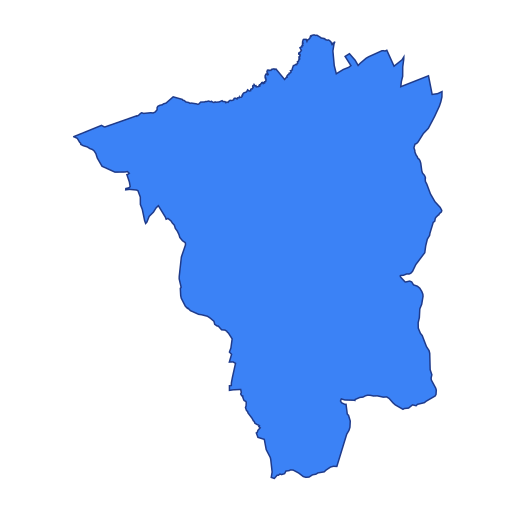 Voslabeni, Harghita, Romania (Robinson projection), rotated 91°
{"feature_id": "2599482B3089153619350", "entity_name": "Voslabeni", "entity_type": "district", "adm_level": 2, "iso_a3": "ROU", "parent_name": "Romania", "parent_adm1": "Harghita", "projection": "robinson", "projection_center": [25.647, 46.621], "detail": "fine", "context": "isolated", "style": "filled", "palette": "blue", "viewbox_px": 512, "rotation_deg": 91, "n_neighbors": 0, "source": "geoboundaries", "source_scale": "gbopen_adm2", "svg_char_len": 5906}
<svg xmlns="http://www.w3.org/2000/svg" viewBox="0 0 512 512"><g transform="rotate(91 256 256)"><path d="M390.8,280.2L390.2,276.6L389.7,269.0L392.6,268.3L394.2,268.9L396.1,267.8L396.1,266.9L397.6,266.7L400.2,265.7L400.8,265.2L401.6,263.6L402.6,263.2L406.1,263.3L407.7,263.9L410.7,262.8L411.6,261.7L413.0,261.3L418.5,257.0L420.8,255.8L421.4,254.9L423.2,254.2L424.7,251.6L425.0,250.5L425.7,249.6L426.5,250.2L427.7,248.8L430.2,251.0L432.4,251.7L432.9,252.6L437.3,250.9L439.2,244.5L449.4,242.4L457.2,238.2L459.3,237.7L471.7,236.1L477.1,236.9L478.1,233.8L474.8,231.0L474.8,229.8L473.6,228.3L474.1,226.6L473.1,223.6L470.5,222.3L470.0,219.1L469.3,217.8L469.4,215.1L472.2,209.6L475.7,204.9L476.4,202.3L476.1,199.1L473.8,195.7L473.1,192.3L471.8,190.3L470.6,184.0L468.8,182.2L465.7,177.8L464.9,174.9L465.0,171.5L432.6,162.2L428.7,160.0L425.6,159.1L419.4,158.9L413.7,160.7L412.4,162.0L402.7,163.4L402.8,164.5L401.4,167.6L400.8,168.2L399.5,169.0L397.4,168.2L398.4,164.6L398.5,155.0L398.7,154.6L397.7,154.3L395.6,149.7L395.2,146.6L393.8,144.0L393.2,141.9L393.3,139.2L393.9,136.1L393.7,132.3L394.9,126.3L394.6,122.9L396.1,120.4L400.4,116.5L402.4,114.2L406.7,106.4L405.9,105.0L405.4,100.8L402.1,96.9L402.9,93.3L401.5,92.0L399.7,85.1L398.2,83.3L392.8,74.4L391.2,73.6L387.0,73.4L385.0,74.0L377.0,78.5L375.0,78.8L371.7,78.1L366.6,79.9L350.3,80.6L347.6,81.3L343.6,84.0L332.7,88.4L330.4,90.3L325.3,92.5L319.8,92.7L314.8,91.6L306.0,91.3L301.4,89.5L293.4,88.3L291.3,88.5L288.6,89.6L285.3,91.7L283.4,94.1L282.1,98.0L279.2,99.9L278.4,101.9L279.4,106.0L279.2,106.6L274.5,111.1L273.4,111.5L272.9,110.9L272.7,108.3L271.3,105.0L271.3,102.6L270.5,100.9L268.6,99.2L261.8,96.1L249.7,87.3L242.9,86.5L236.2,85.0L232.4,82.8L230.2,82.5L219.3,79.4L218.1,77.9L215.2,77.4L214.1,76.7L212.0,74.7L211.7,74.0L210.3,73.3L208.8,71.5L207.6,71.1L207.1,71.1L204.2,72.7L198.5,78.1L190.8,82.7L181.1,86.5L178.6,87.9L175.6,88.2L175.1,87.9L173.6,88.4L172.3,89.1L170.3,90.9L168.1,91.7L160.3,92.9L157.9,93.7L156.3,94.7L155.7,95.7L153.5,96.7L152.6,97.5L149.4,98.9L147.5,99.1L145.1,100.0L141.4,99.0L140.7,97.4L139.2,96.0L130.6,90.8L125.3,85.9L113.4,79.9L103.0,75.3L98.6,73.9L93.8,72.9L88.4,72.9L90.5,77.2L91.4,82.7L72.8,86.7L84.2,114.2L79.0,113.7L73.8,112.5L64.4,112.6L56.6,111.7L54.4,111.7L57.3,113.4L63.8,121.3L48.0,128.8L48.8,130.5L48.5,132.2L48.6,133.7L54.8,146.8L56.3,149.3L61.4,155.1L63.7,157.2L58.5,160.3L52.1,166.1L54.9,170.4L64.0,164.4L65.7,166.5L68.0,172.0L72.4,178.9L64.2,181.1L49.6,182.7L42.5,181.7L40.9,181.1L40.8,181.4L42.2,182.4L42.0,183.1L43.1,183.1L43.4,183.6L40.5,184.9L39.2,186.4L38.7,187.5L39.0,188.3L38.4,190.5L37.4,191.1L37.5,192.1L37.0,192.9L37.2,193.5L36.8,194.9L36.5,195.0L34.2,198.9L34.4,200.2L33.9,201.8L34.4,204.0L35.5,204.7L35.1,205.3L37.4,206.0L38.7,207.4L39.0,208.2L40.5,208.8L38.5,209.6L38.6,212.3L39.0,212.6L41.1,213.2L41.8,213.2L42.3,212.6L43.0,213.3L44.7,212.9L44.8,213.7L46.2,213.9L46.1,214.4L47.0,215.7L49.6,214.2L51.5,215.5L52.3,216.3L52.1,216.5L52.4,216.8L53.4,216.8L53.9,216.1L53.8,215.5L55.2,215.4L56.3,216.6L57.3,215.8L57.6,216.4L58.3,216.4L58.7,216.0L59.4,216.8L60.5,216.9L61.1,218.0L62.4,217.6L63.1,218.4L64.0,218.7L63.7,219.5L64.9,221.2L64.9,221.9L68.1,223.0L69.2,222.9L70.2,224.7L70.6,224.2L71.8,224.3L72.5,225.2L72.6,226.0L73.8,226.3L73.7,226.5L74.2,227.2L75.7,228.3L76.8,228.1L76.9,228.8L79.0,230.5L68.7,239.3L69.2,240.4L68.7,240.7L68.8,241.6L68.6,242.1L69.1,242.9L69.1,243.7L70.2,244.4L70.0,245.5L70.4,246.1L70.1,246.2L69.8,247.2L70.0,247.8L71.6,248.3L72.9,247.9L73.1,247.0L73.2,247.5L74.4,247.0L74.7,247.5L73.8,248.7L73.9,249.2L75.6,250.0L77.3,250.0L77.9,249.3L78.6,249.7L79.2,249.1L79.9,249.1L81.4,249.4L81.6,250.4L82.8,250.5L82.6,251.0L83.2,251.6L82.6,251.7L82.9,252.3L82.3,252.7L82.5,253.2L82.9,253.1L83.7,254.2L84.5,254.5L84.7,255.4L85.1,255.3L85.5,255.8L86.0,255.3L86.6,256.5L86.9,258.7L85.7,259.0L85.9,259.9L84.6,260.9L85.6,261.2L85.4,261.5L85.7,262.1L87.0,262.3L87.6,261.8L89.0,262.7L89.0,263.6L89.5,264.2L90.8,264.2L91.2,265.6L90.0,267.3L91.4,267.9L92.3,268.7L93.1,271.0L93.7,271.6L94.8,272.3L95.2,272.1L95.7,272.8L96.8,272.7L97.6,273.6L97.5,275.0L97.8,275.4L97.5,275.5L98.1,275.7L98.2,277.3L99.3,277.7L98.5,279.7L98.9,280.7L100.2,281.0L101.0,282.9L100.8,284.6L101.9,286.0L102.9,286.6L102.6,287.8L103.3,288.8L102.2,289.6L102.1,291.8L101.3,292.6L102.6,295.5L103.0,298.8L102.6,299.6L103.2,300.5L103.2,301.5L102.1,303.3L102.5,303.7L102.4,304.7L101.9,306.1L102.5,308.2L102.4,309.0L102.9,310.2L103.1,314.0L105.1,315.9L105.4,316.8L104.9,318.2L104.2,323.5L104.5,324.7L103.7,326.0L103.3,328.6L101.8,330.5L101.5,331.8L100.7,332.5L98.3,341.6L104.7,348.6L105.5,351.2L106.4,352.3L107.0,354.8L108.1,356.8L109.5,357.5L111.4,357.4L113.8,359.3L114.5,360.7L114.8,361.4L114.6,363.7L115.4,370.9L114.8,372.8L115.5,374.0L117.5,376.0L118.3,377.9L118.0,378.0L129.6,409.3L129.5,410.1L128.1,412.8L140.1,440.9L139.9,440.2L141.5,436.7L145.2,434.4L146.5,433.2L147.5,433.1L148.7,430.7L149.9,426.5L151.5,424.0L152.3,421.6L153.6,419.8L156.4,417.9L160.8,416.4L169.0,411.5L174.6,398.5L174.3,388.3L173.8,386.1L175.5,384.2L176.8,385.8L176.9,386.5L184.2,383.9L188.8,383.0L190.0,384.2L190.8,387.3L192.1,387.4L191.6,383.6L192.1,376.7L192.7,375.2L199.1,372.7L206.5,372.5L211.4,370.5L222.5,368.0L225.4,366.9L224.0,365.7L218.2,363.5L213.9,359.3L209.7,356.8L207.4,354.5L218.7,347.3L220.8,346.5L220.0,344.7L222.4,341.6L224.4,340.3L226.6,338.2L229.9,337.1L232.2,335.3L235.9,333.4L238.8,332.5L242.0,329.8L243.7,327.2L244.3,326.8L246.2,326.7L258.3,330.6L277.7,332.4L280.2,332.4L287.8,330.5L288.9,330.4L289.6,331.1L296.9,330.6L299.5,330.0L307.4,325.8L309.6,323.6L309.3,323.2L311.8,320.6L315.3,312.4L315.7,309.3L317.1,303.5L318.6,301.1L322.0,296.9L325.0,296.1L326.7,293.6L326.7,292.5L330.4,289.1L330.6,285.8L331.7,283.9L332.8,283.2L333.4,282.3L339.3,278.4L348.5,279.5L352.5,280.9L354.7,278.7L362.5,280.8L362.3,277.1L363.7,274.6L377.9,277.5L383.3,278.4L385.9,278.4L386.2,280.3L390.8,280.2Z" fill="#3b82f6" stroke="#1e3a8a" stroke-width="1.5"/></g></svg>